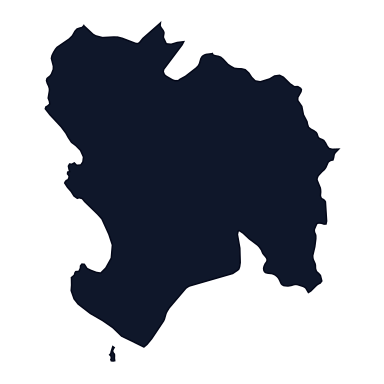 the Department of Piura
{"feature_id": "PER-567", "entity_name": "Piura", "entity_type": "Department", "adm_level": 1, "iso_a3": "PER", "parent_name": "Peru", "parent_adm1": "", "projection": "mercator", "projection_center": [-80.245, -5.271], "detail": "fine", "context": "isolated", "style": "filled", "palette": "ink", "viewbox_px": 384, "rotation_deg": 0, "n_neighbors": 0, "source": "natural_earth", "source_scale": "10m", "svg_char_len": 3870}
<svg xmlns="http://www.w3.org/2000/svg" viewBox="0 0 384 384"><path d="M160.4,23.0L160.1,25.6L160.8,27.3L163.1,30.5L163.9,32.3L163.9,33.6L163.4,36.3L163.4,37.6L166.3,43.8L171.2,44.3L177.2,42.5L183.7,41.7L182.1,44.8L163.7,69.3L163.2,71.7L164.4,74.7L166.3,76.3L172.5,79.9L174.9,80.7L177.3,80.7L178.4,80.6L179.8,79.4L185.5,76.3L196.2,68.0L198.4,65.7L199.5,63.5L200.9,58.6L202.1,56.6L203.2,55.7L204.7,54.9L206.2,54.4L211.9,53.7L212.3,53.5L213.2,55.1L215.5,55.8L218.3,56.3L220.7,57.2L223.2,59.3L227.8,64.3L230.6,66.2L234.4,68.3L238.0,68.7L241.6,68.8L245.2,69.7L248.8,73.0L251.7,77.4L255.2,80.9L260.3,81.8L269.7,78.9L274.5,76.0L279.6,75.3L283.4,77.2L290.5,84.2L291.5,84.7L293.5,86.2L294.4,86.7L297.8,86.6L300.6,88.3L301.4,89.6L301.0,91.7L297.8,97.4L297.7,100.4L301.8,106.4L303.4,114.7L307.0,121.6L307.5,124.3L308.5,127.3L310.9,129.2L313.8,130.7L316.2,132.5L317.0,133.8L317.9,136.6L318.6,137.8L319.8,138.6L322.5,139.7L323.8,140.5L325.6,143.1L327.1,146.1L329.0,148.5L332.2,149.3L338.7,149.1L335.2,152.7L334.2,154.4L333.6,157.8L332.9,160.0L331.5,160.2L329.9,160.8L328.2,162.1L325.8,167.5L324.3,169.6L321.9,171.7L318.2,175.7L317.2,178.0L317.0,179.9L320.3,188.0L320.6,189.9L320.7,192.1L320.4,195.6L320.9,197.6L321.9,198.8L323.2,199.4L324.5,200.4L325.4,201.8L326.6,221.1L326.0,224.0L324.0,224.1L322.6,223.6L321.2,223.2L318.7,223.0L317.4,223.4L316.7,223.8L314.7,228.5L314.3,229.6L314.3,230.2L314.3,231.0L314.6,232.5L315.5,234.5L315.7,235.2L315.8,236.1L315.8,238.8L314.8,246.7L312.7,255.7L312.9,258.2L313.3,259.7L315.1,263.8L315.4,265.2L315.5,268.6L315.6,268.8L316.0,270.3L316.5,271.4L316.8,271.8L317.0,272.0L318.6,273.4L320.4,275.4L321.8,281.0L320.2,283.1L318.9,283.7L317.4,284.6L315.8,286.0L310.8,291.0L308.4,292.5L305.8,288.1L304.7,287.2L303.1,286.4L297.5,284.6L295.7,284.4L294.0,284.6L291.1,285.5L288.0,286.0L286.6,285.9L283.8,285.6L282.3,284.8L281.2,283.7L279.4,279.8L278.6,278.3L277.4,276.8L275.4,275.1L273.6,274.2L271.9,273.6L268.0,273.2L265.8,272.7L264.6,271.8L263.9,270.5L263.7,269.2L263.6,268.4L263.8,267.4L264.1,266.2L265.3,263.6L266.2,262.5L266.9,261.3L267.1,259.8L266.7,258.3L265.6,256.7L263.6,254.4L262.8,253.3L262.1,251.7L261.4,249.9L259.3,246.9L257.7,245.2L249.2,238.8L243.1,233.1L239.5,230.7L238.9,230.6L238.1,231.2L237.4,234.4L239.8,248.1L240.2,262.6L239.6,266.7L238.8,269.1L237.6,270.2L232.7,273.5L189.4,286.0L187.6,287.0L185.9,288.2L169.1,308.0L166.9,311.6L166.0,313.5L164.4,319.1L163.6,320.9L151.7,338.7L147.0,344.4L143.9,347.0L130.3,340.3L121.6,336.1L112.8,327.6L102.7,320.6L90.4,313.5L78.2,304.1L74.1,298.9L71.2,290.6L71.6,285.1L71.5,278.9L71.4,277.6L74.3,275.2L75.1,272.5L75.8,271.6L78.9,271.4L80.4,268.2L80.5,265.9L81.9,264.1L84.3,264.3L87.0,268.5L91.0,270.4L96.3,272.4L100.7,273.1L105.8,268.0L111.3,258.1L112.4,245.0L108.9,234.3L101.9,218.9L97.6,214.1L84.6,201.5L82.3,198.6L79.2,197.7L77.3,198.3L74.0,196.0L71.1,191.4L67.5,187.3L64.7,183.0L65.3,181.7L66.3,180.5L68.1,179.7L69.2,176.9L68.7,175.3L67.5,173.9L67.7,172.1L69.7,171.6L69.0,169.1L68.4,166.1L69.6,164.0L71.8,164.3L74.3,162.9L76.6,165.3L80.8,165.0L82.9,161.9L83.5,157.0L80.5,150.3L75.9,145.6L71.5,142.3L68.2,137.3L65.9,133.1L61.2,126.8L50.0,114.8L45.3,108.8L45.9,106.9L47.6,106.0L49.8,104.0L49.4,101.2L48.2,98.1L49.4,90.9L49.4,88.7L48.7,86.2L47.3,83.3L46.5,80.6L47.0,78.5L48.5,77.2L49.5,76.5L50.3,75.7L51.4,74.2L53.3,69.4L53.4,66.2L51.4,58.4L52.0,55.6L53.6,52.3L55.5,49.2L57.1,47.3L69.2,39.0L72.4,35.8L75.0,31.2L77.0,29.0L79.6,28.1L82.1,27.5L83.6,25.9L83.8,25.6L83.9,25.8L93.0,34.3L95.6,35.8L102.4,37.6L113.6,37.0L117.6,37.1L122.3,38.3L135.6,43.4L137.4,43.6L138.0,43.5L139.1,42.9L140.1,41.9L142.9,38.4L160.3,23.1L160.4,23.0ZM114.2,347.6L113.5,348.6L112.5,350.9L113.3,352.9L114.4,354.2L114.5,355.9L114.4,358.2L114.7,360.7L113.2,361.0L111.3,360.8L110.8,359.5L111.4,358.1L110.9,355.9L109.7,354.8L110.8,353.6L111.2,351.6L112.8,346.6L114.2,347.6Z" fill="#0f172a" stroke="#020617" stroke-width="1.5"/></svg>